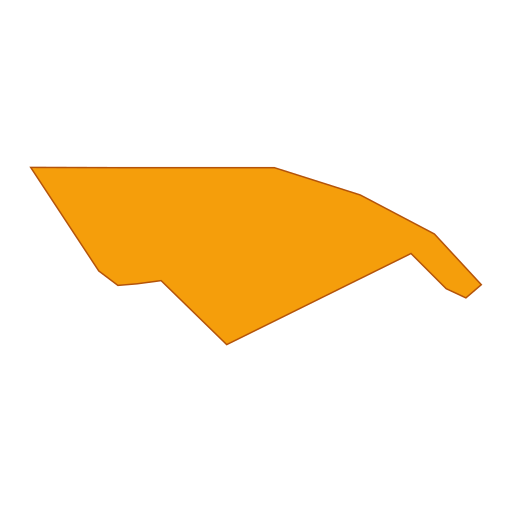 Dong-gu [East District], Incheon, South Korea
{"feature_id": "91817680B43546326994356", "entity_name": "Dong-gu [East District]", "entity_type": "district", "adm_level": 2, "iso_a3": "KOR", "parent_name": "South Korea", "parent_adm1": "Incheon", "projection": "mercator", "projection_center": [126.645, 37.474], "detail": "fine", "context": "isolated", "style": "filled", "palette": "amber", "viewbox_px": 512, "rotation_deg": 0, "n_neighbors": 0, "source": "geoboundaries", "source_scale": "gbopen_adm2", "svg_char_len": 322}
<svg xmlns="http://www.w3.org/2000/svg" viewBox="0 0 512 512"><path d="M226.7,344.6L411.0,253.5L446.2,288.7L465.9,297.9L481.3,284.7L434.4,234.0L360.3,195.0L274.4,167.7L180.7,167.7L122.2,167.7L30.7,167.4L98.8,271.0L117.9,285.4L137.1,283.8L161.1,280.6L226.7,344.6Z" fill="#f59e0b" stroke="#b45309" stroke-width="1.5"/></svg>